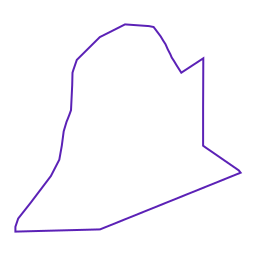 outline of Presidente Médici, Maranhão, Brazil
{"feature_id": "56859067B54906018261321", "entity_name": "Presidente Médici", "entity_type": "district", "adm_level": 2, "iso_a3": "BRA", "parent_name": "Brazil", "parent_adm1": "Maranhão", "projection": "mercator", "projection_center": [-45.779, -2.308], "detail": "fine", "context": "isolated", "style": "outline", "palette": "violet", "viewbox_px": 256, "rotation_deg": 0, "n_neighbors": 0, "source": "geoboundaries", "source_scale": "gbopen_adm2", "svg_char_len": 580}
<svg xmlns="http://www.w3.org/2000/svg" viewBox="0 0 256 256"><path d="M149.0,26.1L125.0,24.4L99.8,37.1L76.8,59.9L73.4,69.8L72.5,72.7L72.2,85.3L71.0,110.2L69.3,114.9L67.7,119.0L66.6,121.6L65.1,126.6L63.7,131.3L61.8,145.7L59.3,159.7L50.9,176.0L37.5,193.7L30.3,203.2L18.2,218.5L15.4,226.8L15.4,231.6L100.0,229.4L240.6,172.7L238.8,170.4L205.6,147.5L203.1,145.7L203.1,113.1L203.1,107.6L203.2,87.1L203.3,58.3L181.3,72.7L176.7,65.5L174.0,61.0L171.7,57.5L170.4,54.4L167.7,49.2L165.5,44.2L163.3,40.8L160.6,36.3L153.6,27.0L149.0,26.1Z" fill="none" stroke="#5b21b6" stroke-width="2"/></svg>